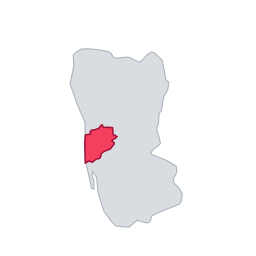 where La Paz sits in El Salvador, rotated 57°
{"feature_id": "SLV-1347", "entity_name": "La Paz", "entity_type": "Department", "adm_level": 1, "iso_a3": "SLV", "parent_name": "El Salvador", "parent_adm1": "", "projection": "equal_earth", "projection_center": [-88.936, 13.47], "detail": "fine", "context": "in_parent", "style": "filled", "palette": "rose", "viewbox_px": 256, "rotation_deg": 57, "n_neighbors": 0, "source": "natural_earth", "source_scale": "10m", "svg_char_len": 2402}
<svg xmlns="http://www.w3.org/2000/svg" viewBox="0 0 256 256"><g transform="rotate(57 128 128)"><path d="M93.3,64.1L95.3,64.6L108.1,69.8L111.9,68.8L116.8,73.1L119.1,76.4L121.1,80.9L131.2,90.1L133.0,94.2L140.5,99.6L143.6,103.7L146.8,105.4L153.1,107.0L158.6,109.2L159.2,110.7L159.7,116.9L160.9,122.1L163.4,122.4L166.6,119.9L176.7,113.0L186.3,108.3L191.7,111.1L195.0,116.9L198.6,119.5L206.2,117.9L213.1,118.4L218.6,123.5L219.8,126.4L216.5,143.2L215.3,150.4L214.7,156.5L216.7,158.1L218.6,160.5L218.2,163.7L212.3,169.1L210.4,170.5L211.8,180.9L207.4,187.2L203.3,191.7L196.2,193.0L184.1,193.5L165.9,188.3L152.5,181.3L145.3,181.3L147.6,183.6L153.3,185.1L160.8,190.0L158.7,191.4L131.4,181.1L99.8,161.0L80.9,157.8L59.3,152.5L46.6,139.8L37.0,134.3L36.2,129.5L36.3,124.1L40.7,117.0L48.8,107.3L54.1,102.3L56.7,101.4L60.2,101.9L63.6,99.1L66.6,92.5L69.6,88.2L77.4,83.8L79.2,82.1L78.6,78.4L76.9,71.2L77.1,66.8L79.7,64.7L82.7,64.3L89.0,62.5L91.7,62.9L93.3,64.1Z" fill="#d9dde1" stroke="#a8b0b8" stroke-width="1"/><path d="M134.1,182.9L116.2,171.9L110.7,167.6L110.9,166.6L111.2,166.0L111.8,164.6L111.9,164.4L112.0,164.2L112.3,163.6L112.5,163.1L112.5,162.8L112.2,162.5L111.5,162.1L111.0,161.9L110.7,161.9L110.3,161.5L110.0,159.8L110.2,158.9L110.4,158.8L111.0,157.9L111.4,156.8L112.0,154.3L112.2,153.2L112.2,152.4L112.1,151.9L111.5,150.6L111.3,149.7L111.1,148.8L111.2,148.4L111.3,148.0L111.5,147.9L111.9,147.9L112.1,147.9L113.4,148.4L113.6,148.5L113.8,148.5L114.2,148.1L116.5,144.3L119.3,140.8L122.7,142.5L124.0,143.4L125.5,144.0L125.8,144.0L126.1,143.9L126.4,143.8L126.5,143.6L126.7,143.1L126.8,142.9L127.0,142.7L128.2,142.5L128.6,142.3L129.1,141.9L129.7,143.9L129.7,145.6L129.6,147.4L129.7,148.1L129.9,148.5L130.1,148.5L130.4,148.5L130.6,148.5L132.4,147.7L132.7,147.7L133.1,147.8L133.7,148.1L133.9,148.4L135.8,153.7L135.9,154.0L135.9,154.3L135.9,155.0L135.8,155.6L135.2,157.7L135.1,157.9L135.1,158.2L135.0,158.5L134.7,161.0L134.7,161.4L134.8,163.2L134.9,163.8L135.0,164.2L135.5,165.0L136.0,165.5L136.7,166.0L137.2,166.7L137.7,167.5L137.9,168.0L137.9,168.5L137.9,168.8L137.8,169.4L137.8,169.6L137.6,169.9L137.2,170.3L137.1,170.5L136.9,171.0L136.9,171.3L136.8,171.7L137.2,175.9L137.2,176.5L137.0,176.9L136.8,177.1L136.6,177.2L135.9,177.7L135.4,178.0L135.0,178.2L134.7,178.6L134.6,178.8L134.5,179.0L134.4,179.2L134.3,179.5L134.3,179.8L134.1,182.9L134.1,182.9Z" fill="#f43f5e" stroke="#9f1239" stroke-width="1.5"/></g></svg>